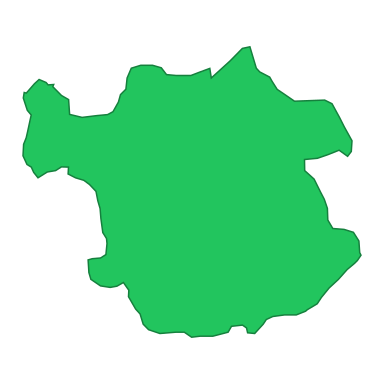 the district of Dromolaxia, Larnaca, Cyprus
{"feature_id": "46923920B21347225976460", "entity_name": "Dromolaxia", "entity_type": "district", "adm_level": 2, "iso_a3": "CYP", "parent_name": "Cyprus", "parent_adm1": "Larnaca", "projection": "equal_earth", "projection_center": [33.583, 34.885], "detail": "fine", "context": "isolated", "style": "filled", "palette": "green", "viewbox_px": 384, "rotation_deg": 0, "n_neighbors": 0, "source": "geoboundaries", "source_scale": "gbopen_adm2", "svg_char_len": 1666}
<svg xmlns="http://www.w3.org/2000/svg" viewBox="0 0 384 384"><path d="M53.7,84.5L48.1,84.9L46.1,82.5L39.1,79.5L34.5,83.7L26.3,93.1L24.2,92.5L23.3,98.0L27.3,110.3L31.2,115.0L27.6,131.7L26.2,137.8L23.6,144.3L23.0,155.8L27.0,164.5L31.3,167.1L33.7,172.4L38.0,177.8L47.3,172.0L55.6,170.6L61.4,166.9L68.5,167.1L68.1,174.0L75.5,177.8L83.8,180.3L89.5,184.5L96.0,191.4L97.8,200.7L100.1,208.6L100.9,218.5L102.8,232.6L106.5,238.5L107.0,243.6L105.9,254.6L100.5,258.0L92.3,258.7L88.1,259.9L88.9,272.6L90.9,279.4L91.3,279.6L100.5,285.9L110.2,287.4L116.9,286.2L123.4,282.5L128.8,290.2L128.5,296.7L135.6,309.0L140.1,314.0L143.2,324.2L148.6,329.7L159.9,333.5L175.8,332.2L179.7,332.2L184.3,332.2L191.6,337.2L200.1,336.2L212.8,336.2L228.1,332.2L231.5,326.3L242.5,325.1L246.5,327.9L247.6,332.8L254.7,333.5L258.7,329.1L263.2,324.2L266.3,319.5L272.8,316.5L284.7,314.9L296.3,314.9L305.6,311.2L307.3,309.7L317.2,303.8L321.5,297.3L329.1,288.0L338.4,279.4L347.2,269.5L354.6,263.3L357.4,260.5L361.0,255.2L359.7,252.6L358.9,241.0L353.4,232.3L344.1,229.4L332.8,228.5L327.8,220.0L327.4,208.4L324.3,199.3L320.5,192.0L314.1,179.1L304.7,170.6L304.5,159.5L317.4,158.3L327.8,154.7L339.1,150.2L347.6,156.3L351.3,151.5L352.0,140.8L344.3,126.9L339.5,117.4L332.0,103.7L324.7,100.1L294.5,101.2L283.0,93.3L277.2,89.4L272.0,81.2L269.7,77.1L259.7,71.9L256.3,68.2L249.9,46.8L242.4,48.4L230.1,60.9L211.3,78.0L209.8,68.4L200.3,71.9L190.9,75.5L176.3,75.5L166.5,74.6L161.3,67.8L152.6,65.3L140.7,65.3L131.3,68.2L127.1,78.0L125.9,89.2L120.5,94.6L118.4,102.1L113.0,111.7L107.6,114.6L96.9,115.6L82.1,117.4L69.6,114.4L68.6,99.6L61.5,95.5L52.8,86.7L53.7,84.5Z" fill="#22c55e" stroke="#15803d" stroke-width="1.5"/></svg>